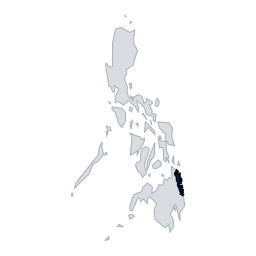 location of Surigao del Sur, Surigao del Sur, Philippines
{"feature_id": "2640588B11290582279728", "entity_name": "Surigao del Sur", "entity_type": "district", "adm_level": 2, "iso_a3": "PHL", "parent_name": "Philippines", "parent_adm1": "Surigao del Sur", "projection": "equal_earth", "projection_center": [126.233, 8.71], "detail": "fine", "context": "in_parent", "style": "filled", "palette": "ink", "viewbox_px": 256, "rotation_deg": 0, "n_neighbors": 0, "source": "geoboundaries", "source_scale": "gbopen_adm2", "svg_char_len": 7361}
<svg xmlns="http://www.w3.org/2000/svg" viewBox="0 0 256 256"><path d="M121.3,27.5L129.8,32.4L134.7,29.9L133.3,42.2L137.5,50.6L132.9,65.3L126.6,69.2L126.7,73.3L124.2,78.7L127.7,87.9L126.9,90.3L128.4,96.8L133.6,100.5L133.5,97.1L138.5,94.5L142.0,96.5L144.0,103.4L146.2,102.0L146.5,98.5L152.3,102.0L152.2,103.8L149.2,105.0L152.3,110.9L151.9,113.4L156.1,114.6L155.1,122.0L153.0,120.0L153.8,116.5L146.3,114.5L144.6,108.2L138.1,100.9L136.6,101.2L138.9,108.9L138.1,112.1L135.5,107.0L128.5,100.4L123.4,105.0L117.6,101.3L115.2,102.5L115.0,96.5L118.9,89.3L114.7,85.6L114.7,91.9L113.0,92.3L110.8,87.0L108.9,86.1L105.5,64.2L106.2,63.1L110.0,67.4L112.4,66.4L112.6,42.6L115.5,29.2L121.3,27.5ZM171.5,166.3L180.0,173.9L181.3,179.0L179.4,184.7L182.0,186.4L183.1,190.9L184.6,206.0L180.0,212.3L180.0,220.9L175.7,204.7L174.1,205.8L170.4,214.9L172.9,218.5L173.8,226.2L170.0,232.2L168.7,224.7L165.1,227.8L155.1,219.4L154.0,210.1L156.6,203.7L150.3,197.0L148.2,197.2L147.0,203.5L143.5,198.9L140.5,201.6L140.0,198.5L137.9,197.9L132.3,210.8L130.2,210.5L129.7,206.8L133.5,195.0L141.4,191.6L143.0,187.2L147.6,183.0L152.4,187.2L151.8,193.3L156.5,190.5L159.0,184.6L162.8,185.2L164.4,178.7L167.6,180.3L168.4,177.8L171.8,178.0L171.5,166.3ZM146.2,173.9L142.4,177.3L140.9,173.2L137.4,170.6L135.5,165.2L136.3,163.1L140.8,161.1L140.4,154.5L142.4,148.4L145.6,146.7L148.6,147.9L149.2,150.1L144.4,164.6L146.2,173.9ZM168.9,122.6L172.3,127.9L171.8,137.3L174.6,145.9L168.8,144.4L166.4,141.3L165.1,137.8L166.0,134.6L159.6,128.5L157.8,121.9L168.9,122.6ZM129.9,133.2L140.7,137.3L141.4,139.7L144.5,138.2L144.0,142.1L139.9,149.4L130.3,155.4L132.1,136.5L129.9,133.2ZM88.8,174.2L74.4,188.3L76.0,182.8L98.2,154.9L99.3,147.1L102.2,141.7L101.9,147.4L103.7,154.5L97.8,161.5L93.0,163.8L88.8,174.2ZM112.4,107.0L121.8,108.4L125.5,113.1L125.6,120.8L122.0,127.4L118.4,122.8L115.3,112.5L111.7,108.7L112.4,107.0ZM161.0,141.2L165.2,140.8L166.3,143.3L166.2,150.0L169.2,157.6L167.7,159.5L165.9,156.6L166.3,161.9L163.4,159.8L163.5,150.1L162.1,147.3L159.5,147.9L158.2,138.2L161.0,141.2ZM146.8,171.1L147.1,163.0L154.8,142.3L154.3,156.1L150.8,160.4L146.8,171.1ZM161.2,165.8L155.7,168.8L153.5,168.4L152.1,165.3L158.2,159.9L161.0,162.0L161.2,165.8ZM145.4,121.7L154.8,131.4L154.9,134.8L148.2,127.5L144.5,132.1L145.4,121.7ZM158.6,105.2L156.5,106.8L154.9,104.7L157.1,98.2L159.3,101.5L158.6,105.2ZM134.4,216.3L130.1,219.2L128.6,215.3L131.3,214.1L134.4,216.3ZM106.2,126.2L110.2,127.4L111.2,130.7L107.7,130.8L106.2,126.2ZM130.1,106.7L132.4,107.9L131.1,111.9L129.1,110.0L130.1,106.7ZM119.2,224.3L123.6,226.8L117.3,226.6L119.2,224.3ZM174.1,163.8L171.8,160.6L173.8,155.5L173.6,158.6L174.1,163.8ZM132.7,120.6L131.1,129.2L130.1,125.7L131.0,121.5L132.7,120.6ZM108.9,236.5L109.2,239.1L104.8,240.6L108.9,236.5ZM131.6,83.7L131.5,87.5L130.4,89.2L129.4,83.2L131.6,83.7ZM139.1,150.7L137.1,155.7L137.1,152.8L139.1,150.7ZM107.9,132.2L106.8,135.8L105.9,131.6L107.9,132.2ZM161.4,138.9L160.0,139.0L158.6,136.1L160.3,135.8L161.4,138.9ZM138.0,123.1L138.0,126.4L135.9,123.7L138.0,123.1ZM179.8,165.6L177.6,165.0L178.6,161.5L179.8,165.6ZM143.2,113.4L147.0,119.9L142.2,113.5L143.2,113.4ZM107.5,153.4L104.9,155.3L105.6,152.3L107.5,153.4ZM150.2,173.9L149.7,176.6L148.3,175.2L150.2,173.9ZM151.0,121.3L151.8,125.1L150.0,120.3L151.0,121.3ZM72.7,196.0L71.4,195.8L71.7,193.3L72.7,193.0L72.7,196.0ZM163.7,176.0L162.1,176.2L161.9,174.7L162.9,174.4L163.7,176.0ZM175.2,210.6L174.0,208.8L174.4,207.0L175.2,207.9L175.2,210.6ZM110.2,102.3L110.9,104.4L109.0,101.9L110.2,102.3ZM168.7,160.6L169.4,163.5L167.6,160.0L168.7,160.6ZM131.6,22.2L129.7,24.0L131.1,21.4L131.6,22.2ZM133.2,98.7L130.6,97.0L130.7,95.9L133.2,98.7ZM124.8,15.4L126.4,17.3L124.6,16.0L124.8,15.4Z" fill="#d9dde1" stroke="#a8b0b8" stroke-width="1"/><path d="M174.9,174.6L175.1,174.7L175.1,175.0L175.9,176.1L176.2,176.8L176.4,177.5L176.5,178.3L176.4,178.9L176.5,179.6L176.5,180.3L176.7,180.6L177.1,181.2L177.4,182.4L178.1,184.1L177.8,184.6L177.7,184.6L177.7,185.1L178.1,185.1L178.1,185.6L177.9,186.2L178.2,186.7L178.4,187.0L178.6,187.1L178.5,187.3L178.7,187.7L178.9,187.8L179.1,187.9L179.3,188.4L179.2,189.0L180.1,189.5L179.7,190.0L179.9,190.2L179.6,190.6L179.7,190.9L179.8,190.9L179.8,191.0L180.0,191.3L180.0,191.2L180.1,191.4L180.5,192.0L180.5,193.2L180.8,193.2L180.8,193.3L180.7,193.4L180.8,193.7L180.5,193.9L180.4,194.1L181.9,194.1L181.9,195.2L181.9,195.3L182.1,195.4L182.1,195.0L182.3,194.8L182.5,194.8L182.7,194.4L182.8,194.5L182.8,194.3L183.0,194.3L182.9,194.2L182.9,194.3L182.8,194.2L182.6,194.4L182.7,194.2L182.6,193.9L182.6,193.6L182.7,193.3L182.7,193.2L182.8,193.0L182.8,192.7L183.0,192.6L182.9,192.5L182.8,192.3L182.9,192.1L182.9,191.9L182.8,191.6L183.0,191.5L183.0,191.2L182.9,190.9L183.0,190.8L182.9,190.7L183.0,190.7L183.1,190.4L183.1,190.5L183.1,190.2L183.0,190.3L182.9,190.2L182.8,190.4L182.5,190.7L182.4,190.9L182.2,191.0L182.2,190.9L182.2,191.0L181.9,191.0L181.7,191.1L181.5,190.6L181.4,190.7L181.5,190.3L181.7,190.1L181.8,190.1L182.1,189.8L182.1,189.7L182.2,189.3L182.2,189.2L181.9,189.2L181.6,189.1L181.6,188.9L181.6,188.7L181.5,188.4L181.7,188.2L181.8,188.4L181.8,188.2L181.9,188.3L181.9,188.0L182.1,187.9L182.1,187.7L182.1,187.3L181.8,187.3L181.9,187.1L182.0,186.9L181.9,186.8L182.0,186.8L181.9,186.7L182.0,186.7L182.4,186.7L182.3,186.3L182.3,186.1L181.9,185.9L182.0,185.6L181.9,185.4L181.7,185.5L181.8,185.6L181.7,185.7L181.4,185.6L181.1,185.7L180.8,185.4L180.6,185.4L180.2,185.3L179.9,185.4L180.0,185.4L180.2,185.5L180.3,185.6L180.4,185.8L180.0,185.8L179.7,185.5L179.4,185.7L179.2,185.5L179.2,185.2L179.2,184.9L178.7,184.4L178.9,184.2L178.9,183.9L179.0,183.9L179.2,183.7L179.3,183.6L179.8,183.3L180.0,183.0L180.6,183.1L180.4,182.9L180.2,182.8L180.2,182.5L180.4,182.3L180.5,182.4L180.5,182.2L180.7,181.9L180.8,182.0L180.9,181.8L181.1,181.9L181.2,181.7L181.3,181.7L181.3,181.3L181.4,181.2L181.5,181.2L181.5,180.9L181.4,180.9L181.7,180.8L181.5,180.3L181.4,180.2L181.5,180.0L181.4,180.0L181.5,179.9L181.5,179.7L181.4,179.6L181.4,179.4L181.3,179.5L181.2,179.5L181.2,179.4L181.4,179.3L181.3,179.0L181.1,178.7L181.1,178.8L180.9,178.7L181.0,178.5L180.9,178.5L180.6,178.0L180.4,178.0L180.4,177.9L180.5,178.0L180.2,177.5L180.2,177.3L180.2,177.1L180.1,176.9L180.0,177.0L179.9,177.0L179.7,176.9L179.6,176.6L179.7,176.1L179.8,176.0L179.8,175.8L179.9,175.7L179.9,175.2L179.8,174.9L179.8,174.5L179.9,174.4L180.0,174.2L180.0,173.9L180.0,173.7L180.2,173.4L179.9,173.4L179.7,173.4L179.6,173.7L179.5,173.8L179.3,174.1L178.9,174.4L178.7,174.4L178.4,174.6L178.0,174.2L177.6,173.2L177.6,172.9L177.4,172.7L177.4,172.3L177.6,172.3L177.5,172.1L177.6,171.9L177.4,172.0L177.4,172.3L177.1,172.4L176.9,172.3L176.9,172.2L177.0,172.2L176.9,172.2L177.0,172.1L176.9,172.0L176.6,171.8L176.6,171.7L176.5,171.8L176.5,171.7L176.7,171.4L176.8,171.3L176.8,171.2L176.9,171.3L177.0,171.2L177.1,171.3L177.3,171.2L177.2,171.1L177.3,170.8L177.3,170.7L177.1,170.6L177.2,170.8L177.0,171.0L176.9,171.0L176.9,170.8L176.8,170.7L176.8,170.4L176.7,170.3L176.7,170.5L176.5,170.4L176.4,170.5L176.4,170.4L176.3,170.5L176.3,170.8L176.2,170.9L176.2,171.0L175.8,171.4L174.7,173.2L174.7,173.7L174.8,174.0L174.9,174.6ZM177.9,171.5L177.6,171.8L177.8,171.7L177.8,171.8L177.9,171.7L178.0,171.7L177.9,171.5ZM177.0,171.7L176.8,171.7L176.8,171.8L176.9,171.7L177.0,171.8L176.9,171.9L177.0,171.8L177.0,171.7ZM176.7,171.6L176.7,171.8L176.7,171.7L176.7,171.6ZM177.7,172.2L177.7,172.3L177.7,172.2Z" fill="#0f172a" stroke="#020617" stroke-width="1.5"/></svg>